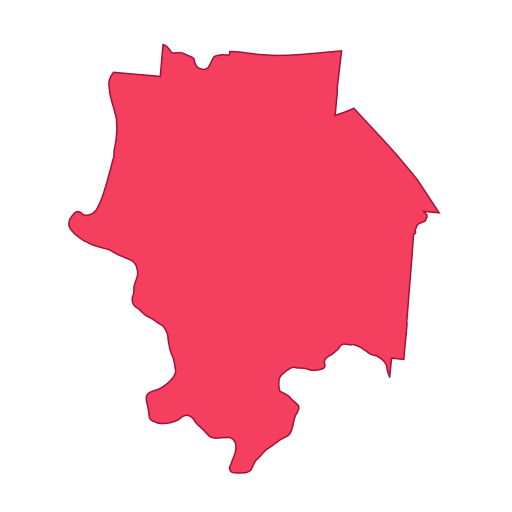 outline of Maribyrnong, Victoria, Australia, rotated 177°
{"feature_id": "25037944B56618295646151", "entity_name": "Maribyrnong", "entity_type": "district", "adm_level": 2, "iso_a3": "AUS", "parent_name": "Australia", "parent_adm1": "Victoria", "projection": "orthographic", "projection_center": [144.879, -37.791], "detail": "fine", "context": "isolated", "style": "filled", "palette": "rose", "viewbox_px": 512, "rotation_deg": 177, "n_neighbors": 0, "source": "geoboundaries", "source_scale": "gbopen_adm2", "svg_char_len": 6025}
<svg xmlns="http://www.w3.org/2000/svg" viewBox="0 0 512 512"><g transform="rotate(177 256 256)"><path d="M150.6,398.4L152.3,397.7L161.4,394.6L166.7,393.1L169.6,392.0L166.3,415.2L166.1,419.6L163.0,437.7L161.8,444.6L160.0,455.3L159.8,456.4L182.3,455.5L200.4,454.9L207.2,454.8L213.6,454.8L222.8,455.1L227.3,455.4L231.4,455.8L241.6,457.0L244.4,457.4L263.2,460.8L266.6,461.2L269.7,461.5L271.5,461.5L272.0,458.0L278.3,458.7L279.2,458.8L280.3,458.7L281.1,458.7L284.6,458.1L286.1,457.8L286.9,457.4L287.6,456.9L288.1,456.4L288.8,455.2L290.1,453.0L291.9,449.7L293.8,446.8L295.0,445.9L295.8,445.5L297.2,445.1L299.3,445.1L300.3,445.4L301.7,445.9L303.7,446.9L304.5,447.5L305.1,448.3L306.8,451.6L307.0,452.6L307.5,455.6L307.8,456.3L309.2,457.7L311.9,459.1L315.2,460.7L318.3,462.3L320.7,462.9L321.8,463.1L322.8,463.1L324.8,463.0L325.7,463.1L327.8,463.0L328.9,463.0L329.5,463.6L330.0,463.9L331.6,466.7L332.5,467.9L333.7,469.4L335.0,470.5L336.2,471.5L337.8,471.9L342.2,440.3L388.7,446.9L391.5,443.1L393.4,439.1L393.9,435.6L393.7,430.5L393.2,424.3L392.0,418.1L390.1,410.0L388.2,400.9L388.2,394.5L388.3,389.9L388.8,385.6L389.5,380.2L391.4,371.7L392.0,369.5L392.3,367.5L392.4,365.8L392.6,363.7L393.0,361.8L394.3,358.4L396.6,350.7L398.9,344.0L401.5,336.0L404.8,327.1L406.6,322.7L408.2,319.1L410.6,314.5L412.0,312.0L413.3,310.2L414.8,308.7L416.6,307.4L418.2,306.5L420.0,305.9L421.7,305.6L423.3,305.6L425.0,305.8L426.7,306.6L428.1,308.0L429.6,309.2L431.3,309.7L433.1,309.5L434.4,308.8L436.3,307.1L438.2,304.9L439.9,302.6L440.7,300.6L441.2,298.2L441.2,296.1L440.3,293.6L439.0,291.4L437.4,289.3L435.4,287.1L432.3,284.4L428.9,281.6L426.7,280.0L424.1,278.8L422.0,277.4L418.9,275.8L415.9,274.6L412.7,273.4L405.3,271.0L402.4,270.0L400.4,268.9L398.5,267.5L394.9,265.2L392.3,263.8L389.1,262.4L385.9,260.7L384.1,259.9L381.9,258.9L380.6,258.0L379.3,257.1L378.1,255.8L376.8,253.9L376.0,252.0L375.5,249.7L375.1,247.2L375.1,246.0L375.2,243.8L375.4,242.7L375.7,241.5L379.0,233.4L379.4,231.9L379.6,230.7L379.7,228.1L380.1,225.1L380.3,224.2L381.3,222.0L381.7,220.9L381.9,219.0L381.8,217.7L381.5,215.6L381.2,214.6L380.5,213.4L379.7,212.4L378.8,211.5L376.0,209.3L374.9,208.2L372.3,205.3L370.6,203.7L369.4,202.6L366.7,200.8L364.0,199.3L361.4,197.5L359.9,196.4L358.6,195.3L357.4,194.3L356.3,193.6L354.9,192.7L353.0,191.4L352.2,190.5L351.2,189.0L350.3,187.2L349.4,185.1L348.7,183.4L348.4,182.1L348.3,180.7L348.2,179.1L348.1,176.9L347.9,174.8L347.6,172.9L347.0,168.3L345.9,163.7L345.4,162.2L344.2,158.9L343.8,157.5L343.2,154.3L343.0,152.9L342.7,149.9L342.5,147.3L342.3,146.8L342.2,145.9L342.3,144.6L342.8,143.2L343.8,141.2L345.0,139.2L347.0,137.0L348.7,135.4L350.8,133.7L352.5,132.4L354.9,130.9L357.0,129.6L361.1,127.8L365.1,126.8L367.3,126.1L369.1,125.4L370.5,124.6L371.5,123.8L372.2,122.7L372.7,121.5L373.0,119.9L373.1,118.0L372.8,116.2L371.7,109.4L371.5,107.8L371.2,104.3L371.2,102.4L371.0,100.9L370.7,99.6L370.1,98.5L369.1,97.5L368.0,96.8L366.3,95.9L364.3,95.0L362.2,94.1L359.9,93.7L358.1,93.5L353.4,93.7L350.2,94.0L347.8,94.6L344.4,95.6L341.8,96.7L338.8,98.9L337.1,99.9L335.3,100.4L333.8,100.6L332.0,100.3L330.6,99.7L329.2,98.7L328.0,97.7L326.7,96.1L325.7,94.0L322.9,90.4L321.3,88.8L319.3,86.8L317.1,84.5L315.0,81.8L311.8,78.2L310.3,77.4L308.4,76.7L306.4,76.3L304.6,76.1L302.7,76.3L298.3,76.3L292.9,76.2L291.8,76.1L290.2,75.4L289.0,74.6L288.2,73.6L286.8,71.4L286.4,70.4L286.1,69.3L286.0,67.8L286.1,65.8L286.2,64.3L286.5,62.8L287.3,59.9L288.8,56.5L289.6,54.7L290.4,53.1L291.1,51.3L292.6,48.2L293.4,46.1L293.5,45.4L293.5,44.7L293.3,43.8L292.9,42.8L292.0,41.8L291.3,41.3L290.6,41.0L288.6,40.6L284.5,40.2L278.8,40.1L277.4,40.2L275.9,40.6L274.1,41.3L272.6,42.3L271.6,43.6L268.4,49.6L267.1,51.6L262.4,55.8L260.6,57.6L258.3,59.9L256.1,61.9L251.6,64.6L248.5,66.5L247.1,67.6L245.1,68.8L241.3,71.3L239.6,72.1L237.2,73.2L235.3,74.0L233.6,74.9L232.6,75.6L231.2,77.2L230.6,78.2L229.8,79.8L228.4,83.4L226.7,89.7L226.2,91.5L224.8,94.9L224.0,96.1L223.1,97.3L222.0,99.7L221.7,100.6L221.2,101.7L221.2,102.3L221.2,102.9L221.3,104.2L221.5,104.6L221.9,104.9L224.3,107.6L226.3,109.5L227.1,110.2L229.2,112.5L230.4,114.1L231.4,115.0L235.8,117.8L238.7,119.4L239.2,119.9L239.5,120.5L239.8,123.2L240.0,125.3L239.9,127.2L239.6,130.0L239.5,130.9L239.3,132.0L238.9,132.9L238.3,133.9L237.6,134.9L236.7,135.9L233.7,138.2L231.9,139.7L230.9,140.3L229.3,141.0L228.4,141.6L227.1,142.3L226.3,142.6L225.7,142.8L225.0,142.9L224.3,142.9L223.0,142.7L221.4,142.2L218.4,141.8L216.3,141.7L214.1,141.4L212.6,141.1L211.3,140.7L207.7,139.3L206.2,139.0L205.1,138.8L202.7,138.8L199.9,139.0L198.4,139.2L196.9,139.5L194.9,140.1L194.2,140.5L193.8,140.9L193.3,141.4L193.0,142.1L192.8,142.8L192.9,143.5L193.2,145.9L193.2,146.6L193.1,147.4L192.5,149.0L192.1,149.5L190.7,150.9L190.0,151.4L185.9,153.5L184.3,154.5L183.3,155.2L181.8,156.3L179.2,158.5L178.3,159.4L177.7,160.0L177.3,160.9L176.9,161.4L176.3,162.0L174.7,163.0L174.1,163.3L173.5,163.4L172.8,163.4L171.5,163.3L170.1,163.1L168.6,162.8L167.6,162.5L166.8,162.4L165.5,162.4L163.9,162.5L162.6,162.4L162.1,162.1L161.6,161.8L161.0,161.6L159.6,161.1L158.5,160.4L156.4,159.4L155.7,158.9L154.4,157.9L153.5,157.3L152.6,156.5L152.0,156.0L151.0,155.5L149.0,153.4L148.0,152.7L145.5,151.3L143.6,150.7L141.8,150.3L141.1,150.1L140.6,149.8L139.9,149.3L138.2,148.2L135.9,146.4L135.1,145.7L134.1,144.6L133.1,143.2L132.2,141.7L131.5,140.2L131.2,139.3L131.1,137.9L131.0,136.2L130.7,134.4L130.2,132.3L129.7,130.8L129.0,128.5L128.9,127.5L126.0,146.9L113.8,145.0L113.4,148.2L108.7,180.1L109.0,182.3L108.4,186.1L103.1,226.0L100.2,247.8L98.8,259.4L97.5,269.0L95.5,270.7L95.3,271.5L95.5,272.2L95.6,272.5L95.6,273.2L95.5,273.8L95.2,274.2L95.0,274.9L95.0,275.1L94.8,275.7L94.5,276.1L94.3,276.6L93.8,277.6L93.5,278.0L93.3,278.5L92.9,278.8L92.5,279.1L92.1,279.5L91.3,279.9L90.9,280.2L89.8,280.3L88.9,280.8L88.4,281.0L87.3,281.4L86.7,281.4L85.1,282.2L83.7,285.1L83.2,285.9L83.1,287.3L83.2,287.9L83.4,288.4L84.3,289.6L84.9,290.4L86.0,291.4L86.3,291.5L86.5,291.8L70.8,289.5L90.2,322.6L96.6,331.6L111.1,350.8L123.2,365.6L150.6,398.4Z" fill="#f43f5e" stroke="#9f1239" stroke-width="1.5"/></g></svg>